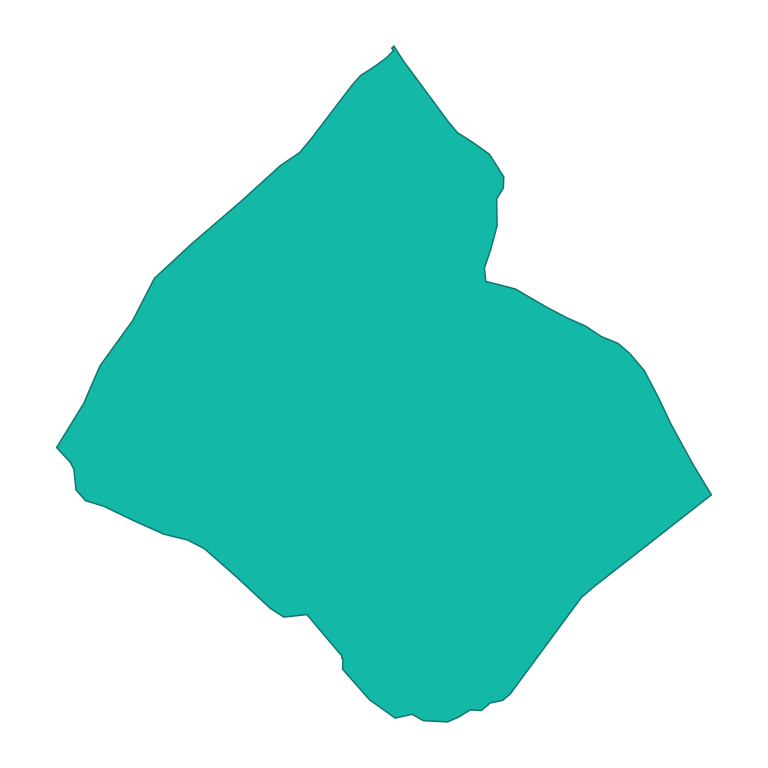 Um Durein, South Kordufan, Sudan
{"feature_id": "16777658B25432504907328", "entity_name": "Um Durein", "entity_type": "district", "adm_level": 2, "iso_a3": "SDN", "parent_name": "Sudan", "parent_adm1": "South Kordufan", "projection": "equal_earth", "projection_center": [30.166, 10.926], "detail": "fine", "context": "isolated", "style": "filled", "palette": "teal", "viewbox_px": 768, "rotation_deg": 0, "n_neighbors": 0, "source": "geoboundaries", "source_scale": "gbopen_adm2", "svg_char_len": 1325}
<svg xmlns="http://www.w3.org/2000/svg" viewBox="0 0 768 768"><path d="M369.6,699.9L383.2,709.5L384.9,710.7L395.1,718.1L404.1,716.1L412.1,714.3L423.4,720.7L437.0,721.4L447.6,721.9L458.9,716.9L470.2,709.9L481.4,710.5L488.1,704.9L488.5,704.5L490.4,702.9L500.4,700.9L502.6,700.4L510.1,694.1L529.8,667.4L538.8,655.2L549.0,641.4L558.7,628.2L581.6,597.2L583.9,595.3L594.3,586.4L597.9,583.6L657.8,536.8L684.2,516.1L708.5,497.1L708.7,496.9L710.6,495.5L711.2,495.0L711.4,494.8L693.4,465.1L670.8,423.8L658.4,397.6L644.3,370.6L630.2,354.0L618.2,343.5L601.0,336.4L585.4,326.0L566.0,317.4L545.4,306.5L515.4,289.0L485.8,281.4L484.4,268.1L490.4,250.5L497.1,225.8L496.7,198.8L503.4,187.9L503.8,177.0L496.7,165.6L489.3,154.2L472.1,141.9L457.6,132.8L448.1,121.5L402.6,59.8L393.9,46.1L392.7,47.3L391.8,48.2L393.4,50.8L385.7,58.4L373.8,67.0L360.6,75.5L351.7,85.6L310.2,140.0L299.8,152.4L280.5,165.5L241.4,201.0L191.2,244.2L154.4,278.3L132.6,320.7L100.0,365.8L95.6,375.9L83.9,403.1L73.9,419.4L56.6,447.5L70.0,462.0L73.9,469.2L76.0,489.9L76.8,490.8L77.1,491.1L85.4,500.6L103.8,506.3L132.9,520.3L163.9,534.2L187.4,539.9L204.4,548.7L236.8,577.2L270.2,608.3L283.8,617.1L306.9,614.6L334.1,646.9L341.9,656.0L341.8,658.2L343.0,659.6L342.8,663.2L342.6,666.8L342.5,669.1L367.4,697.4L369.6,699.9Z" fill="#14b8a6" stroke="#0f766e" stroke-width="1.5"/></svg>